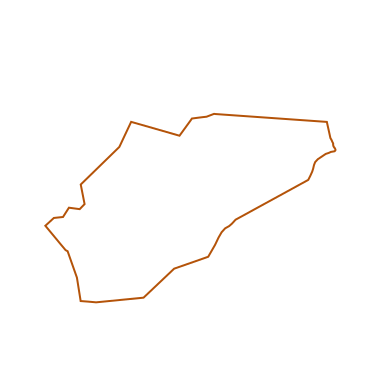 outline of San Buenaventura, Francisco Morazán, Honduras, rotated 72°
{"feature_id": "27666195B50330868714175", "entity_name": "San Buenaventura", "entity_type": "district", "adm_level": 2, "iso_a3": "HND", "parent_name": "Honduras", "parent_adm1": "Francisco Morazán", "projection": "albers", "projection_center": [-87.184, 13.903], "detail": "fine", "context": "isolated", "style": "outline", "palette": "amber", "viewbox_px": 384, "rotation_deg": 72, "n_neighbors": 0, "source": "geoboundaries", "source_scale": "gbopen_adm2", "svg_char_len": 1392}
<svg xmlns="http://www.w3.org/2000/svg" viewBox="0 0 384 384"><g transform="rotate(72 192 192)"><path d="M167.0,42.1L125.1,145.6L124.5,146.9L124.9,154.9L124.1,158.8L123.3,162.9L122.1,169.4L123.5,171.2L134.6,186.5L106.5,228.2L118.4,239.4L124.6,245.2L126.7,247.2L150.5,295.5L170.3,297.9L173.6,304.1L168.9,313.9L175.9,322.4L174.0,331.4L178.8,341.9L200.5,333.3L208.2,330.2L209.9,328.6L237.9,327.9L261.3,331.6L264.1,324.8L267.3,317.3L277.4,271.3L277.5,270.7L259.4,232.7L258.6,196.6L255.0,192.6L249.4,186.4L243.5,180.8L240.0,176.9L239.5,176.4L236.8,171.7L235.9,167.2L234.5,163.9L231.8,159.1L216.4,77.7L213.3,74.6L209.8,71.4L207.3,69.6L204.0,67.6L201.6,65.6L199.7,62.2L198.2,56.9L197.1,53.0L197.1,49.9L196.8,47.5L197.3,44.0L197.3,43.9L197.2,43.8L197.2,43.7L197.1,43.4L197.0,43.2L196.9,43.1L196.8,42.9L196.7,42.8L196.6,42.7L196.4,42.6L196.2,42.5L195.9,42.5L195.6,42.5L195.4,42.5L195.2,42.5L194.9,42.6L194.7,42.6L194.4,42.7L194.2,42.7L194.1,42.8L193.9,42.9L193.7,42.9L193.6,43.0L193.4,43.0L193.2,43.1L192.9,43.2L192.7,43.2L192.4,43.3L192.2,43.3L191.9,43.3L191.6,43.3L191.4,43.2L191.2,43.2L190.9,43.2L190.7,43.2L190.4,43.1L190.2,43.0L190.0,42.9L189.9,42.9L189.7,42.8L189.4,42.8L189.0,42.8L188.5,42.9L187.9,43.0L187.3,43.1L187.0,43.1L186.7,43.1L186.2,43.2L185.7,43.2L185.5,43.3L185.3,43.3L185.1,43.3L184.9,43.4L184.3,43.5L183.5,43.7L167.0,42.1Z" fill="none" stroke="#b45309" stroke-width="2"/></g></svg>